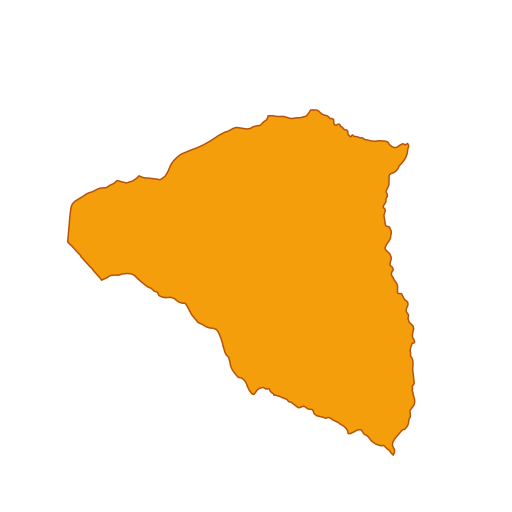 the district of Consacá, Nariño, Colombia, rotated 195°
{"feature_id": "7082276B44735629456030", "entity_name": "Consacá", "entity_type": "district", "adm_level": 2, "iso_a3": "COL", "parent_name": "Colombia", "parent_adm1": "Nariño", "projection": "robinson", "projection_center": [-77.462, 1.209], "detail": "fine", "context": "isolated", "style": "filled", "palette": "amber", "viewbox_px": 512, "rotation_deg": 195, "n_neighbors": 0, "source": "geoboundaries", "source_scale": "gbopen_adm2", "svg_char_len": 6063}
<svg xmlns="http://www.w3.org/2000/svg" viewBox="0 0 512 512"><g transform="rotate(195 256 256)"><path d="M84.8,226.4L86.0,228.6L86.7,229.5L88.8,230.5L90.9,231.8L91.4,232.4L92.8,234.7L93.1,235.8L93.2,237.7L93.4,238.3L94.1,239.3L95.8,240.5L96.3,241.3L96.8,242.3L97.0,243.4L97.0,244.6L96.6,247.4L96.7,248.5L97.1,249.8L97.4,250.4L98.0,251.0L100.7,252.2L101.9,253.0L105.2,256.8L106.3,257.2L108.8,256.6L109.5,256.9L110.0,257.8L111.2,262.5L111.8,264.4L113.5,266.4L115.9,268.3L117.9,270.5L120.0,272.5L120.4,273.0L120.6,274.1L120.7,275.6L120.0,277.5L119.9,278.0L120.1,278.7L120.5,279.4L121.7,280.6L123.0,281.1L124.1,281.9L124.3,282.3L124.7,284.5L124.6,288.2L124.8,289.0L125.2,289.9L126.7,292.0L127.3,292.6L127.9,293.1L132.0,295.3L132.7,295.9L133.3,296.8L133.4,298.2L133.1,299.9L132.9,300.9L131.4,305.0L130.7,308.3L131.1,310.1L131.2,312.8L131.5,314.4L131.8,315.0L134.6,318.4L135.0,318.7L135.6,318.7L137.7,318.6L138.6,318.9L139.6,320.7L141.5,325.2L142.6,327.3L143.0,328.9L142.8,333.3L143.1,333.9L143.9,335.0L145.3,335.6L145.7,336.1L145.8,336.5L145.9,337.3L145.8,338.0L144.6,341.4L144.7,342.8L145.1,344.0L145.2,345.3L145.2,345.9L144.6,347.2L144.7,348.5L145.0,349.1L145.7,350.2L146.9,351.4L147.1,351.9L147.0,353.2L146.4,356.3L146.0,359.0L148.2,368.0L148.2,368.6L147.9,369.4L147.2,370.3L144.1,372.6L142.8,374.3L141.5,376.9L141.2,378.8L140.9,380.4L139.1,383.6L137.4,387.8L136.6,391.3L136.5,394.6L137.0,398.1L137.0,399.7L136.9,401.4L137.1,402.2L137.6,402.8L138.7,403.9L140.6,402.0L141.3,402.0L142.7,402.5L143.4,402.3L143.9,402.0L146.6,399.4L147.5,398.0L147.9,397.6L149.5,396.9L150.8,396.6L152.6,396.7L155.8,398.1L156.4,398.5L157.6,399.8L158.6,400.3L160.9,400.4L167.4,399.1L170.9,397.5L173.0,397.3L173.9,397.0L178.0,396.9L180.8,396.7L182.1,397.0L183.7,397.7L185.7,397.1L189.4,397.4L192.3,396.9L193.5,397.7L194.1,397.9L194.7,397.2L195.2,395.7L195.4,395.6L195.7,395.6L196.2,395.8L196.9,396.4L198.3,397.1L198.8,397.6L199.5,399.8L199.8,400.4L201.4,401.2L202.6,401.0L203.7,401.1L205.8,402.6L208.0,403.3L208.6,404.3L209.4,404.8L210.2,404.8L210.8,404.6L212.0,403.5L212.8,403.0L213.6,402.9L214.0,403.0L215.4,404.6L216.0,407.1L216.2,407.6L217.1,408.3L218.8,408.3L220.1,408.0L222.5,409.5L223.9,409.9L224.6,409.9L225.9,409.7L228.6,410.1L230.2,410.7L233.4,412.4L234.6,412.7L237.6,412.1L240.8,411.3L241.3,410.2L242.3,407.2L243.7,404.2L244.5,403.6L246.6,402.5L247.6,401.8L248.7,401.2L252.7,399.9L256.4,398.3L257.8,397.9L260.0,397.8L265.4,398.0L269.4,396.8L271.8,396.3L275.5,395.8L276.6,395.8L280.6,394.5L280.5,392.7L281.1,390.5L281.5,389.7L283.6,387.3L284.4,385.5L285.2,384.2L286.0,383.2L286.8,382.8L288.6,382.1L292.5,379.9L293.1,379.3L293.9,378.2L297.2,376.4L307.8,375.2L309.4,374.5L311.4,373.0L315.2,369.4L318.3,367.4L323.5,362.6L328.3,357.0L330.9,354.3L335.8,349.5L341.1,345.1L344.8,342.6L354.1,335.5L356.2,333.2L357.6,331.2L359.9,327.3L361.3,324.0L362.0,321.2L362.9,315.1L363.6,312.2L364.3,310.0L365.0,308.7L366.5,307.0L367.2,306.0L368.0,305.3L369.1,304.7L370.8,304.7L380.1,303.4L383.2,302.7L386.2,302.6L388.5,303.0L389.8,303.1L391.5,300.0L394.5,296.7L395.5,295.9L399.3,293.5L400.2,293.1L400.8,293.0L404.6,292.9L408.4,293.0L409.2,293.0L409.7,292.8L410.4,292.0L411.5,290.1L412.3,289.0L414.7,287.2L418.5,283.1L421.5,282.2L424.2,281.1L426.5,279.5L430.6,275.8L433.9,273.7L435.1,272.7L437.2,270.5L439.2,268.1L440.6,266.8L444.7,262.4L445.9,260.8L447.0,257.9L447.2,255.9L447.0,252.9L446.1,246.7L441.6,221.0L441.1,220.5L435.7,217.5L430.6,214.1L426.2,211.5L424.3,209.6L423.5,209.2L413.5,202.7L410.9,201.3L409.5,200.0L400.9,194.3L398.9,192.7L394.5,196.3L392.0,199.2L387.7,200.9L383.4,202.1L380.9,203.8L376.2,205.7L371.9,206.5L368.7,205.9L362.1,202.3L355.1,199.1L351.9,198.0L348.8,197.6L345.1,195.7L341.8,195.5L339.5,192.7L336.5,192.1L332.8,192.3L327.8,194.0L323.9,193.8L321.7,192.7L318.4,191.5L315.5,191.3L312.1,191.9L309.7,190.0L306.7,186.6L302.9,182.6L294.8,176.8L290.1,176.0L285.6,174.7L282.3,174.5L278.6,175.1L275.0,174.7L272.2,172.2L268.6,167.5L265.3,162.3L264.8,160.8L263.4,158.8L261.4,155.4L260.8,154.6L258.9,152.6L256.5,151.3L256.0,150.7L253.9,147.1L253.0,145.1L252.0,143.1L249.7,140.2L246.4,137.4L242.2,134.4L241.4,134.2L238.8,134.4L237.5,134.2L234.5,132.6L232.2,130.2L230.4,127.6L227.5,124.3L224.6,122.1L223.5,121.7L222.5,121.7L222.0,122.1L220.7,125.3L220.5,126.2L220.1,126.9L218.4,129.0L217.6,129.6L215.8,130.6L214.9,130.9L212.6,130.2L210.8,130.4L209.1,131.2L206.8,128.7L204.7,127.8L204.1,127.7L203.4,127.3L202.6,126.2L200.8,126.6L200.2,126.6L196.2,126.4L193.1,125.9L190.6,125.7L188.4,125.1L187.7,124.4L186.9,123.9L186.3,123.7L184.5,123.9L183.7,123.6L177.0,120.8L175.6,120.5L174.8,120.7L173.7,121.4L173.2,122.0L171.7,122.9L170.9,123.2L169.4,123.0L166.7,121.8L165.6,121.7L162.9,122.2L161.6,122.1L161.1,121.7L159.5,119.3L159.0,118.7L155.8,117.4L149.7,117.6L146.8,117.3L146.2,117.5L145.1,118.5L143.7,118.8L142.7,118.8L139.6,117.6L133.3,116.4L131.2,115.4L128.3,114.7L126.0,113.7L123.8,112.4L122.3,110.8L121.2,108.7L120.6,108.3L119.8,108.5L118.4,109.3L116.2,111.1L114.5,112.9L113.3,113.9L111.2,115.0L110.3,115.2L109.2,115.2L108.4,114.6L106.0,112.3L105.0,111.8L102.9,111.3L101.7,110.9L100.1,110.0L97.5,107.8L95.8,106.8L91.7,105.4L89.1,105.1L85.8,105.1L84.1,105.9L83.3,105.9L79.1,103.5L77.0,102.8L74.9,101.0L72.7,99.6L71.9,99.3L71.5,101.4L71.6,103.0L71.7,103.8L72.4,105.2L73.9,106.7L75.0,108.2L75.6,110.1L75.6,111.6L74.6,115.3L73.8,117.2L70.4,124.3L69.5,126.0L69.2,126.3L67.8,126.8L67.1,127.7L66.2,129.7L65.7,131.1L65.4,133.6L65.6,135.5L65.9,137.0L66.0,138.4L65.6,139.3L65.4,140.5L65.4,141.1L66.4,144.4L67.1,145.4L67.3,146.5L66.7,147.9L65.2,151.9L64.8,153.3L64.8,155.2L65.1,156.8L65.6,158.3L68.2,162.7L69.2,164.9L70.3,166.5L70.4,168.3L71.1,169.8L71.2,171.2L71.1,171.7L70.7,172.1L70.5,172.5L70.3,173.5L70.4,174.5L74.0,183.7L74.9,185.5L75.2,187.1L75.7,188.4L75.9,190.1L76.7,193.6L77.6,195.8L78.4,197.0L79.2,198.1L80.2,198.9L80.8,199.5L81.2,200.4L81.5,202.3L82.4,204.0L82.7,205.2L82.9,208.3L82.9,208.9L82.6,209.7L82.7,211.7L82.1,212.5L80.9,212.8L80.7,213.0L80.5,213.9L81.2,215.2L82.0,216.3L83.5,217.8L84.3,219.3L84.8,222.8L84.8,226.4Z" fill="#f59e0b" stroke="#b45309" stroke-width="1.5"/></g></svg>